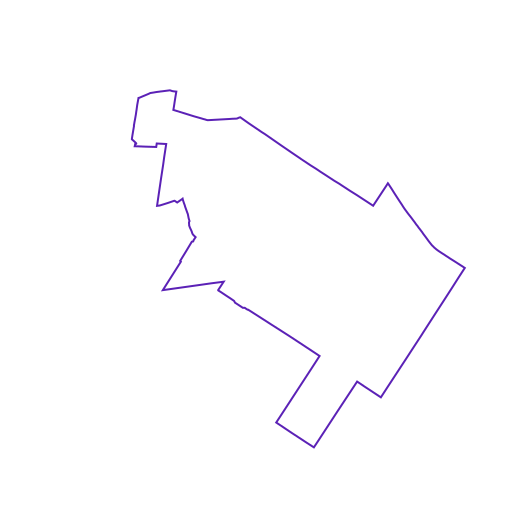 outline of Gheorghe Lazar, Ialomita, Romania, rotated 122°
{"feature_id": "2599482B83475283198024", "entity_name": "Gheorghe Lazar", "entity_type": "district", "adm_level": 2, "iso_a3": "ROU", "parent_name": "Romania", "parent_adm1": "Ialomita", "projection": "robinson", "projection_center": [27.442, 44.628], "detail": "fine", "context": "isolated", "style": "outline", "palette": "violet", "viewbox_px": 512, "rotation_deg": 122, "n_neighbors": 0, "source": "geoboundaries", "source_scale": "gbopen_adm2", "svg_char_len": 2950}
<svg xmlns="http://www.w3.org/2000/svg" viewBox="0 0 512 512"><g transform="rotate(122 256 256)"><path d="M309.7,75.2L298.3,75.0L261.2,74.2L254.9,74.1L234.9,73.7L232.9,73.7L232.2,73.7L210.8,73.4L193.5,73.1L178.7,72.9L166.1,72.8L160.7,72.7L155.5,72.6L155.4,75.4L155.4,77.8L155.3,85.0L155.3,87.5L155.3,90.2L155.2,92.8L155.2,94.8L155.1,97.0L155.1,99.6L155.0,103.8L154.8,106.5L154.6,107.8L154.5,108.5L154.4,109.3L154.0,110.8L153.7,112.4L152.5,115.8L151.8,117.7L150.1,121.9L148.5,126.1L147.8,127.6L146.1,132.1L145.9,132.8L144.9,135.1L144.4,136.7L143.5,138.8L143.0,140.0L142.5,141.4L141.5,143.9L140.9,145.5L139.8,148.6L139.0,150.7L137.6,154.2L137.1,155.4L136.1,157.6L135.3,159.2L133.5,163.2L131.6,167.3L129.2,172.4L127.3,176.3L124.5,182.4L124.4,182.7L127.1,182.7L143.4,183.1L151.3,183.3L150.9,202.8L150.9,210.8L150.7,220.4L150.6,223.7L150.7,229.4L150.7,229.8L150.5,239.0L150.4,246.1L150.3,248.2L150.2,251.5L150.2,257.9L149.9,269.0L149.8,270.1L149.6,275.7L149.4,281.1L148.9,292.8L147.9,313.2L147.9,316.7L147.3,332.6L146.7,342.9L147.2,343.3L147.9,343.9L149.3,344.8L149.8,345.3L150.6,346.5L151.3,347.5L152.1,348.7L154.0,351.3L166.4,368.9L166.9,370.3L167.2,371.6L167.7,373.1L168.3,375.4L170.4,382.6L175.9,403.5L173.2,404.6L170.4,405.8L168.1,406.8L164.1,408.5L158.8,410.7L159.8,412.7L160.4,414.1L160.5,414.3L161.1,416.8L166.5,423.4L166.6,423.6L167.8,425.0L169.5,427.1L172.0,429.9L173.8,432.0L175.4,433.0L178.1,434.9L181.2,437.1L183.8,438.9L184.2,439.4L190.8,436.8L195.9,434.5L196.2,434.4L197.1,434.0L199.8,432.8L204.5,430.9L206.6,430.1L209.0,429.1L209.7,428.9L210.0,428.7L210.3,428.4L218.8,424.9L222.5,423.3L222.8,423.1L223.2,420.7L223.6,418.6L223.9,417.4L224.2,417.1L224.6,417.2L225.0,417.8L226.9,417.1L227.2,417.0L225.2,413.6L222.3,408.5L216.4,398.4L213.2,399.8L208.6,391.5L220.7,386.3L227.8,383.1L239.9,377.9L252.0,372.6L265.9,366.5L264.2,364.4L260.6,361.3L257.9,359.0L252.4,354.5L252.3,354.2L252.4,351.2L246.6,348.7L246.3,348.6L247.2,347.7L249.2,345.3L249.9,344.4L250.9,343.1L251.6,342.4L254.2,339.1L255.7,337.2L256.6,336.0L259.7,333.1L261.2,331.4L261.4,331.1L261.6,330.9L261.8,330.8L262.1,330.8L262.4,330.8L262.8,330.7L263.4,330.4L263.8,330.1L265.0,329.2L265.5,328.9L266.0,328.3L267.0,327.0L268.4,324.8L269.3,323.5L270.4,322.2L270.9,321.5L271.3,320.5L271.7,318.8L271.9,317.6L272.0,317.2L275.6,317.3L276.9,317.0L277.6,317.7L277.9,318.0L289.0,317.8L300.3,317.7L300.4,317.1L300.6,316.7L332.6,316.9L334.3,316.9L310.9,289.0L302.9,279.5L297.0,272.3L294.9,269.8L304.1,270.0L305.0,270.0L305.1,269.8L305.2,269.6L305.2,267.0L305.4,260.4L305.5,255.6L305.7,250.9L305.9,250.4L306.7,249.1L306.7,248.9L306.9,239.7L306.2,238.6L305.9,238.1L306.0,236.4L306.0,235.0L306.0,234.7L305.7,234.3L305.7,234.2L305.7,231.1L306.0,206.8L306.2,185.8L306.9,156.5L307.1,149.1L307.4,149.1L320.2,149.3L377.3,150.4L386.5,150.6L387.1,132.1L387.5,113.4L387.6,105.5L380.0,105.3L360.2,104.9L345.3,104.6L308.9,103.7L309.2,95.1L309.7,75.2Z" fill="none" stroke="#5b21b6" stroke-width="2"/></g></svg>